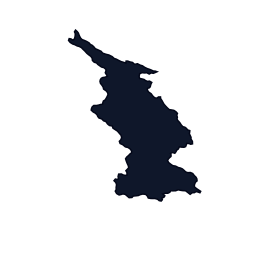 outline of São Pedro do Suaçuí, Minas Gerais, Brazil, rotated 118°
{"feature_id": "56859067B41560098382432", "entity_name": "São Pedro do Suaçuí", "entity_type": "district", "adm_level": 2, "iso_a3": "BRA", "parent_name": "Brazil", "parent_adm1": "Minas Gerais", "projection": "equal_earth", "projection_center": [-42.603, -18.366], "detail": "fine", "context": "isolated", "style": "filled", "palette": "ink", "viewbox_px": 256, "rotation_deg": 118, "n_neighbors": 0, "source": "geoboundaries", "source_scale": "gbopen_adm2", "svg_char_len": 3473}
<svg xmlns="http://www.w3.org/2000/svg" viewBox="0 0 256 256"><g transform="rotate(118 128 128)"><path d="M112.1,161.2L114.1,161.4L115.7,162.4L117.5,162.1L118.9,161.6L120.0,163.1L121.4,164.5L122.8,166.2L124.1,168.7L126.0,169.5L127.8,169.4L129.5,168.9L130.2,166.2L130.2,163.9L130.8,161.6L132.0,160.1L132.8,158.4L132.3,155.4L133.1,153.0L132.7,150.5L134.0,148.0L134.5,145.6L133.6,142.8L135.2,141.2L135.4,139.0L135.7,135.8L136.9,132.8L137.7,130.7L139.4,129.1L141.8,128.8L143.8,129.4L145.4,127.7L145.2,124.8L145.9,121.5L145.2,118.8L145.5,116.2L146.6,114.0L148.5,113.2L149.8,114.0L152.0,114.6L154.3,115.5L156.3,115.7L157.8,114.2L159.7,112.0L161.2,110.0L162.8,108.7L165.0,109.3L166.7,109.8L167.8,108.0L170.0,106.8L171.1,108.1L171.7,110.0L171.7,112.2L173.1,114.6L175.5,114.0L177.2,112.6L178.5,113.4L179.0,115.2L181.1,115.6L181.8,113.2L183.4,111.5L186.0,110.6L187.9,109.5L189.7,109.6L191.2,107.3L191.3,104.4L189.9,102.8L188.6,101.6L187.9,99.2L188.5,96.6L189.0,94.3L187.5,91.9L185.6,91.4L184.3,89.4L182.8,87.2L181.2,86.0L179.4,84.0L178.3,81.2L179.0,79.0L180.3,77.2L179.6,75.0L178.7,73.1L177.6,71.1L177.0,68.4L177.5,66.4L176.9,64.4L175.2,64.0L174.0,65.2L172.4,63.8L170.6,63.6L169.9,66.3L168.3,64.7L166.9,62.2L165.1,60.9L163.4,60.8L162.2,58.5L161.0,56.4L159.0,54.7L158.3,52.2L157.5,50.0L156.4,47.8L156.8,45.2L157.4,42.0L155.0,40.9L153.9,39.0L152.2,38.1L151.7,36.2L151.4,34.1L149.8,34.1L149.4,38.4L148.9,41.5L147.3,42.6L145.5,42.9L143.8,42.9L142.3,42.2L140.6,43.3L139.5,44.9L138.9,47.1L137.8,49.5L138.0,52.0L139.4,54.3L139.7,56.5L139.1,58.5L138.6,60.7L138.7,62.8L139.3,65.0L139.3,68.0L140.2,70.8L139.9,73.4L139.4,76.0L138.0,77.9L136.4,77.8L134.7,77.4L133.0,76.7L131.6,77.3L130.5,78.5L128.8,77.3L128.3,74.8L126.4,74.5L124.8,74.6L122.9,73.7L120.5,73.8L119.7,71.6L118.7,69.5L117.4,68.4L115.7,68.6L114.0,68.9L113.1,66.9L112.9,65.0L111.7,63.6L109.5,64.9L108.2,67.2L106.6,68.0L105.4,69.6L104.2,71.2L102.7,71.6L101.3,72.2L101.7,74.4L100.9,76.3L100.6,78.2L101.1,80.2L100.3,82.4L98.9,84.9L97.9,87.8L96.8,89.1L95.4,89.4L93.7,91.0L91.9,91.2L91.1,93.4L90.9,95.8L91.6,98.0L92.4,100.2L91.8,102.6L91.0,105.0L90.1,107.4L89.1,109.0L87.9,110.8L86.7,113.0L85.3,113.9L86.3,115.7L88.1,116.5L88.8,118.6L88.1,121.2L86.9,123.6L86.5,126.9L85.3,128.8L83.8,129.4L82.6,128.1L81.2,127.7L79.7,128.1L78.2,128.4L76.6,128.4L76.5,131.0L77.7,132.7L77.9,134.8L77.6,136.6L78.1,138.7L78.8,141.0L77.1,142.5L74.6,143.2L72.6,141.6L71.6,139.2L70.4,137.4L70.4,134.6L68.5,133.4L67.8,131.3L66.5,130.2L64.7,128.8L65.0,130.7L65.8,132.4L65.9,134.7L66.1,136.6L66.5,138.8L66.6,141.8L66.3,144.4L66.8,147.0L66.8,149.8L68.7,152.0L68.0,154.8L68.8,157.5L69.0,159.5L69.8,161.1L71.7,160.4L72.2,163.3L72.6,165.2L72.7,167.8L72.7,170.7L73.1,172.8L72.4,175.5L72.5,179.1L73.3,182.3L73.8,185.6L72.9,187.7L73.1,191.4L73.3,194.1L72.4,196.2L71.8,198.4L71.9,200.4L71.1,202.4L71.0,205.3L71.2,208.0L71.5,209.9L71.0,211.8L69.8,213.7L68.6,215.2L67.5,216.4L66.7,218.1L66.2,220.3L68.2,220.4L69.5,218.8L71.7,217.8L74.4,217.1L76.3,218.0L76.1,220.2L76.7,221.9L78.6,221.6L79.6,219.2L79.8,216.2L79.4,214.0L79.4,211.4L78.9,209.3L78.9,206.8L79.5,205.1L80.3,202.2L81.3,199.5L81.8,197.2L82.2,194.4L83.3,192.3L85.1,191.1L85.8,188.7L85.3,186.3L86.0,184.6L86.3,182.5L86.6,180.1L86.0,177.3L86.8,174.7L88.5,174.2L89.9,174.0L91.0,172.1L92.0,170.5L93.9,172.1L95.3,174.0L96.6,174.9L98.2,175.1L99.9,174.7L101.5,173.3L102.5,171.0L103.5,169.2L105.1,167.8L105.5,164.5L106.5,162.4L108.0,161.3L110.3,161.2L112.1,161.2Z" fill="#0f172a" stroke="#020617" stroke-width="1.5"/></g></svg>